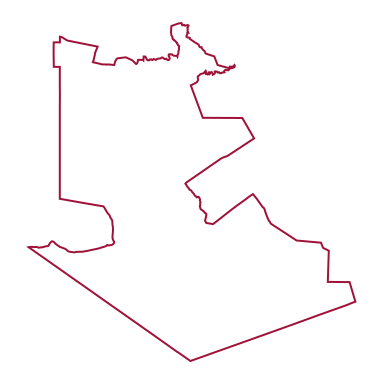 outline of Mwatate, Coast, Kenya
{"feature_id": "3690345B41305477432813", "entity_name": "Mwatate", "entity_type": "district", "adm_level": 2, "iso_a3": "KEN", "parent_name": "Kenya", "parent_adm1": "Coast", "projection": "orthographic", "projection_center": [38.365, -3.735], "detail": "fine", "context": "isolated", "style": "outline", "palette": "rose", "viewbox_px": 384, "rotation_deg": 0, "n_neighbors": 0, "source": "geoboundaries", "source_scale": "gbopen_adm2", "svg_char_len": 5762}
<svg xmlns="http://www.w3.org/2000/svg" viewBox="0 0 384 384"><path d="M355.4,301.7L349.6,282.1L327.8,281.9L328.8,250.7L323.1,247.9L321.0,242.7L296.6,240.5L270.9,223.7L270.4,223.0L270.1,222.2L269.8,221.8L268.9,220.8L267.5,217.7L265.7,213.0L264.6,209.5L264.0,208.2L263.6,207.7L262.7,207.2L256.8,198.8L252.9,194.1L248.9,196.8L245.0,199.8L237.2,205.4L231.2,209.9L213.1,224.1L206.5,223.0L205.9,222.6L205.7,221.8L205.1,221.0L205.0,220.5L205.3,219.8L205.6,218.5L205.8,218.0L205.9,217.1L206.1,216.8L206.1,215.9L206.3,215.6L206.2,214.8L206.3,214.3L206.3,213.9L205.8,213.3L205.4,213.1L204.4,212.4L203.9,211.5L203.1,211.0L202.8,210.7L202.4,210.3L201.2,209.6L200.4,208.6L200.2,207.3L199.8,206.6L199.8,206.2L200.0,205.6L200.3,205.1L200.4,204.7L200.1,204.0L200.0,203.6L200.1,203.2L200.5,202.6L200.5,202.3L200.4,201.9L200.3,201.3L199.9,200.8L199.8,200.3L200.0,199.5L199.9,199.0L199.4,198.1L199.1,197.4L198.9,197.1L198.2,196.8L197.7,196.9L197.4,197.2L197.0,197.3L196.6,197.3L196.1,196.5L195.5,196.1L195.1,195.8L194.8,195.6L194.6,195.3L193.8,193.8L193.1,193.1L192.7,192.5L192.1,192.0L191.2,190.5L189.9,189.8L189.5,189.7L189.0,188.8L188.9,188.4L188.6,188.1L188.1,187.5L187.4,186.9L187.2,186.6L187.0,186.2L186.8,185.8L186.6,185.3L185.8,184.3L185.4,183.6L185.8,183.1L186.8,182.2L221.1,158.5L223.8,157.2L225.6,156.6L226.8,156.2L227.7,155.8L251.2,140.3L254.1,138.4L242.3,118.0L202.8,117.8L190.8,85.4L195.6,83.0L196.6,82.3L197.2,81.7L198.0,80.3L198.2,79.8L198.1,79.1L197.7,77.3L197.7,76.8L198.0,76.3L199.2,75.4L199.7,74.8L200.4,74.2L201.0,73.9L202.1,73.7L202.7,73.5L203.8,73.0L205.7,70.8L205.9,71.1L205.9,71.5L205.4,71.7L205.5,72.2L205.8,72.4L206.0,72.7L205.6,73.3L205.7,73.7L205.9,74.0L206.6,74.1L207.0,74.3L207.2,73.8L207.6,73.8L207.8,74.1L209.0,74.3L209.0,73.8L208.5,73.7L208.2,73.4L208.7,72.3L209.1,72.2L209.5,72.4L209.7,73.2L210.2,73.4L210.4,72.9L210.9,72.7L211.4,72.0L211.8,72.2L212.0,72.6L212.2,73.0L212.7,73.7L212.8,74.7L214.4,73.8L214.7,73.3L215.1,72.4L215.0,72.1L214.8,71.9L214.7,71.5L215.2,71.4L215.7,71.5L216.6,71.5L217.0,71.7L217.6,72.5L218.0,72.6L218.7,72.2L219.2,72.3L219.9,73.2L220.5,73.0L221.2,73.2L221.7,73.0L222.0,72.6L222.8,72.5L223.2,72.3L223.6,72.4L224.0,72.5L224.5,72.3L224.1,71.5L224.2,71.1L225.0,70.1L225.4,69.9L225.9,69.9L226.7,70.2L227.5,70.1L227.9,70.3L228.3,70.3L228.8,69.9L229.9,68.6L230.6,68.2L230.9,68.0L231.8,68.2L233.2,67.7L233.9,67.4L234.7,66.7L234.8,66.3L234.7,65.4L234.4,65.0L233.8,65.8L233.4,66.6L229.8,66.7L229.4,68.3L217.6,65.0L214.3,56.4L206.1,53.7L205.7,53.4L205.4,53.1L205.3,52.7L204.7,51.3L204.3,50.8L203.1,49.9L202.8,49.6L202.1,48.5L201.2,47.7L201.4,47.3L199.8,47.1L199.5,46.7L198.5,44.5L195.4,42.7L189.7,38.8L189.7,38.5L189.8,37.9L189.4,37.7L188.1,37.5L186.8,37.2L186.5,36.7L186.4,36.1L186.6,35.7L187.1,34.6L187.4,33.7L187.3,32.8L188.3,32.8L188.0,32.1L187.5,30.6L187.6,30.2L187.7,29.1L187.5,28.6L187.5,28.2L187.4,27.8L187.8,27.4L188.0,26.5L188.5,25.8L188.5,25.4L188.2,25.2L187.8,25.1L187.0,25.3L185.5,25.5L185.0,25.7L184.3,25.0L183.8,25.0L183.0,25.2L182.6,25.3L182.2,25.2L182.0,24.9L181.9,24.6L181.8,23.6L181.5,23.2L181.2,23.0L180.5,23.2L178.8,23.4L175.0,24.7L171.4,26.0L171.3,27.7L171.1,29.2L171.1,31.3L170.9,32.1L171.2,33.1L171.4,35.4L172.4,36.9L172.5,37.3L172.4,37.7L172.4,38.0L172.6,38.3L172.7,38.8L172.9,39.2L173.4,39.3L173.7,39.5L173.7,39.9L173.9,40.2L174.3,40.4L174.7,40.5L174.9,40.8L175.2,41.0L175.6,41.4L176.0,42.1L176.4,42.2L177.0,42.7L177.0,43.5L177.7,44.1L177.9,45.0L178.6,45.8L179.2,46.2L179.0,47.0L178.9,49.0L179.0,49.5L178.9,49.9L178.4,51.4L178.4,53.2L178.0,54.4L177.4,55.2L177.5,56.1L177.4,56.6L177.0,55.9L176.7,55.7L175.6,55.9L174.6,55.7L173.6,55.7L172.5,55.0L171.9,54.3L171.4,54.4L170.9,54.5L170.5,54.5L170.1,54.2L169.7,54.2L168.8,54.5L168.6,55.6L168.7,56.1L169.3,56.8L169.5,57.8L169.7,58.2L169.5,59.2L169.3,59.6L168.4,60.1L167.4,59.8L167.0,59.6L166.3,58.7L165.9,58.8L165.2,59.1L164.7,59.1L163.9,58.5L163.4,58.2L163.1,57.7L161.9,57.5L161.5,57.6L161.3,57.9L160.5,58.4L160.2,58.5L158.3,58.6L158.0,58.7L157.2,59.1L156.4,59.3L156.1,59.5L155.9,59.9L155.4,59.8L155.1,59.5L153.6,59.0L152.6,60.0L152.3,60.1L151.5,59.5L151.2,59.7L150.8,59.7L150.4,59.4L149.9,59.4L149.6,59.6L149.1,60.3L148.7,60.3L148.1,60.2L147.5,60.2L147.2,60.0L147.0,59.6L145.3,56.5L143.6,56.5L143.6,58.4L143.4,60.4L143.1,60.1L142.8,59.9L138.1,59.9L137.4,62.7L137.2,63.1L136.5,63.9L136.1,64.0L132.3,60.3L125.8,57.3L117.3,58.4L116.4,59.2L115.1,61.6L114.3,65.0L107.7,64.4L106.8,64.6L104.8,64.4L102.0,64.4L99.1,63.6L92.9,62.2L93.7,59.8L94.2,57.3L94.7,55.7L95.0,53.0L96.7,49.0L97.6,46.6L67.2,40.5L62.1,37.3L59.9,36.7L59.9,42.4L57.0,42.3L53.7,42.4L53.6,53.2L53.8,66.8L59.8,66.9L59.8,84.7L59.9,95.9L59.8,106.7L59.8,148.8L59.8,155.0L59.8,198.8L85.3,203.3L103.0,206.3L103.5,206.5L104.4,207.7L107.5,213.0L107.8,213.4L108.9,214.4L109.7,215.6L110.3,217.5L111.7,219.4L112.2,220.8L112.4,222.0L112.4,224.2L112.8,226.4L113.0,229.5L112.9,231.7L112.5,236.5L112.5,237.4L112.7,238.9L113.0,239.7L113.2,240.2L114.0,241.5L114.1,242.3L114.1,242.7L113.8,243.3L113.2,244.0L112.5,244.5L111.8,244.9L110.0,245.3L108.2,245.4L107.8,245.3L107.4,245.0L107.1,245.0L106.7,245.6L106.3,246.0L105.9,246.2L98.0,248.6L89.1,250.5L82.8,251.7L81.0,251.8L79.9,251.7L77.9,251.9L76.3,251.9L75.8,252.0L75.1,252.3L74.6,252.4L70.4,251.9L69.0,251.6L68.3,251.3L67.6,250.8L66.8,250.0L65.6,249.1L64.8,248.7L61.1,247.3L59.7,246.9L59.2,246.3L58.3,245.8L57.0,244.8L55.7,244.0L54.9,243.1L53.5,241.8L52.7,241.4L52.1,241.3L51.6,241.5L50.7,242.3L49.8,243.4L48.6,245.5L48.2,246.0L47.8,246.1L45.8,246.3L42.0,247.4L40.4,247.4L39.0,247.7L38.5,247.7L37.5,247.2L37.1,247.1L36.0,247.0L33.5,247.1L32.0,246.8L31.0,247.0L29.6,247.0L28.6,247.2L150.7,333.1L176.9,351.7L178.6,352.7L186.4,358.2L188.6,359.7L190.4,361.0L284.1,327.6L321.3,314.1L346.1,305.3L352.8,302.6L355.4,301.7Z" fill="none" stroke="#9f1239" stroke-width="2"/></svg>